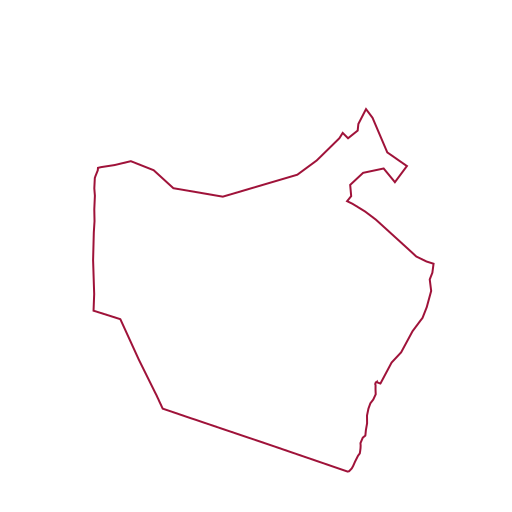 As Salam / Ar Rawat, White Nile, Sudan, rotated 19°
{"feature_id": "16777658B2941917788931", "entity_name": "As Salam / Ar Rawat", "entity_type": "district", "adm_level": 2, "iso_a3": "SDN", "parent_name": "Sudan", "parent_adm1": "White Nile", "projection": "albers", "projection_center": [32.362, 12.482], "detail": "fine", "context": "isolated", "style": "outline", "palette": "rose", "viewbox_px": 512, "rotation_deg": 19, "n_neighbors": 0, "source": "geoboundaries", "source_scale": "gbopen_adm2", "svg_char_len": 1673}
<svg xmlns="http://www.w3.org/2000/svg" viewBox="0 0 512 512"><g transform="rotate(19 256 256)"><path d="M217.5,430.7L247.7,430.6L252.3,430.5L255.5,430.5L256.4,430.5L257.2,430.5L257.6,430.5L257.9,430.5L258.1,430.5L258.3,430.5L258.5,430.5L259.0,430.5L259.5,430.5L259.8,430.5L260.1,430.5L280.8,430.4L328.0,430.1L412.8,430.0L414.1,429.2L415.7,425.7L416.2,423.0L416.6,418.2L417.5,411.6L418.4,408.9L418.0,406.5L417.4,403.7L416.7,401.3L415.7,398.9L416.1,393.0L417.8,390.3L417.8,389.9L416.6,384.9L415.5,378.0L412.9,370.7L412.0,363.7L412.1,358.0L413.6,353.6L414.2,347.8L412.4,343.1L411.1,339.2L410.4,338.3L410.4,336.9L410.4,336.5L410.7,336.2L411.0,336.0L411.2,335.8L411.3,335.6L411.5,336.0L415.1,336.1L415.2,335.9L418.9,312.6L424.6,299.8L428.5,276.1L432.5,263.6L433.6,260.4L434.1,248.8L433.0,232.0L427.9,221.6L428.2,214.4L426.4,205.5L419.0,205.7L407.7,204.3L397.7,199.9L357.5,182.6L344.6,178.4L330.1,175.2L324.3,174.5L326.5,168.4L321.9,158.1L330.2,142.5L348.2,131.7L361.1,139.6L363.3,141.0L369.4,121.8L367.9,121.4L346.4,115.3L331.4,98.7L321.2,87.4L312.2,81.3L309.8,97.8L311.3,104.3L304.7,114.7L297.9,111.4L296.5,117.5L282.3,145.9L268.6,165.7L205.3,210.7L199.9,211.6L155.8,218.8L131.3,208.2L106.8,207.1L92.6,216.1L80.6,222.4L77.9,224.1L78.5,226.5L78.2,232.5L78.2,234.7L81.1,244.7L84.1,251.6L84.2,252.0L87.9,264.5L92.0,275.7L95.0,286.6L103.3,312.9L113.6,340.0L115.4,344.7L120.2,360.6L120.7,360.6L148.2,359.9L148.4,360.0L178.9,392.1L204.9,417.8L207.5,420.3L207.7,420.6L208.0,420.8L208.7,421.6L208.9,421.8L209.9,422.8L210.0,422.9L210.3,423.2L210.7,423.6L211.1,424.1L214.1,427.2L214.4,427.4L214.6,427.7L216.2,429.4L217.5,430.7Z" fill="none" stroke="#9f1239" stroke-width="2"/></g></svg>